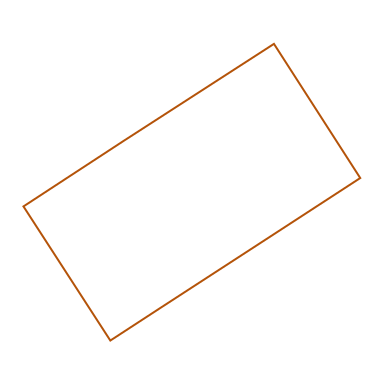 Hamlin, South Dakota, United States of America (Robinson projection), rotated 147°
{"feature_id": "52423323B11265703502297", "entity_name": "Hamlin", "entity_type": "district", "adm_level": 2, "iso_a3": "USA", "parent_name": "United States of America", "parent_adm1": "South Dakota", "projection": "robinson", "projection_center": [-97.128, 44.674], "detail": "fine", "context": "isolated", "style": "outline", "palette": "amber", "viewbox_px": 384, "rotation_deg": 147, "n_neighbors": 0, "source": "geoboundaries", "source_scale": "gbopen_adm2", "svg_char_len": 260}
<svg xmlns="http://www.w3.org/2000/svg" viewBox="0 0 384 384"><g transform="rotate(147 192 192)"><path d="M341.4,111.9L281.8,112.0L162.6,112.0L43.3,112.1L42.6,271.6L221.8,272.1L341.2,271.7L341.4,111.9Z" fill="none" stroke="#b45309" stroke-width="2"/></g></svg>